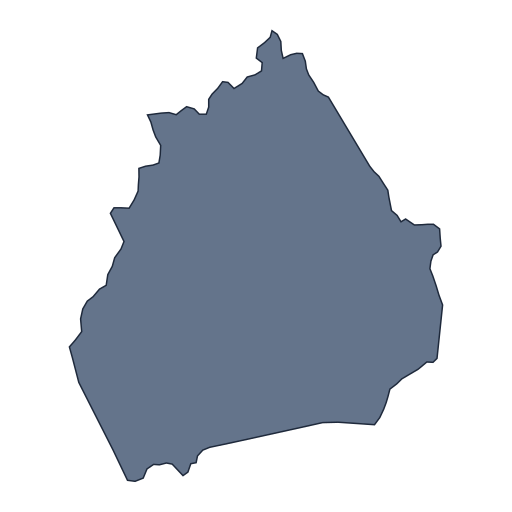 Alagoa Grande, Paraíba, Brazil
{"feature_id": "56859067B59580125040943", "entity_name": "Alagoa Grande", "entity_type": "district", "adm_level": 2, "iso_a3": "BRA", "parent_name": "Brazil", "parent_adm1": "Paraíba", "projection": "equal_earth", "projection_center": [-35.603, -7.048], "detail": "fine", "context": "isolated", "style": "filled", "palette": "slate", "viewbox_px": 512, "rotation_deg": 0, "n_neighbors": 0, "source": "geoboundaries", "source_scale": "gbopen_adm2", "svg_char_len": 1711}
<svg xmlns="http://www.w3.org/2000/svg" viewBox="0 0 512 512"><path d="M405.6,219.0L401.0,221.8L397.1,215.4L391.5,210.6L390.1,203.5L388.8,196.8L387.8,190.2L383.2,183.1L378.9,176.3L374.0,171.7L369.7,166.2L328.4,97.1L323.2,94.8L318.3,91.1L313.7,82.4L308.7,74.9L306.4,68.9L305.3,61.2L302.4,53.6L296.7,53.3L290.7,54.7L283.1,58.4L281.3,50.4L280.8,41.5L277.3,34.4L272.0,30.7L270.2,37.3L264.6,42.6L257.6,47.9L256.3,58.1L262.2,62.6L261.5,70.9L254.9,74.9L247.2,77.0L242.2,83.4L234.0,88.5L228.0,82.4L222.6,81.7L217.7,88.4L212.1,94.1L208.7,99.3L208.7,107.1L206.3,114.2L199.3,114.2L194.2,108.9L186.6,106.7L181.3,110.6L176.2,114.7L169.0,112.6L161.3,113.1L154.4,114.0L147.5,114.9L150.9,122.1L153.1,130.0L155.7,136.9L160.7,145.4L160.2,155.2L158.9,163.0L153.0,165.1L145.6,166.2L138.9,168.4L139.0,177.0L138.4,184.5L138.1,191.1L134.1,200.0L129.1,208.2L120.8,207.8L114.0,207.8L110.4,213.3L124.0,241.5L121.0,249.0L114.7,257.7L112.3,266.3L107.8,274.6L106.2,285.3L99.5,289.1L93.1,296.7L87.3,301.1L82.8,308.9L80.6,318.9L81.7,331.6L75.3,340.1L69.4,346.9L72.4,357.7L78.8,382.4L91.5,407.5L113.1,450.1L127.5,480.3L135.1,481.3L143.2,478.1L147.0,468.9L153.6,464.4L159.4,464.8L166.4,463.0L172.2,464.1L183.0,475.6L187.9,472.1L190.8,463.7L196.1,462.7L197.5,455.9L202.8,450.1L209.7,447.3L235.2,441.9L311.9,425.0L322.6,422.6L338.0,422.2L374.5,424.7L379.8,417.5L383.7,409.2L386.2,402.5L388.0,396.4L389.9,389.1L396.8,383.8L401.9,378.8L408.5,374.9L418.3,369.1L426.8,362.0L433.0,362.3L437.0,358.4L442.6,305.0L438.9,295.0L436.2,286.0L432.8,276.0L429.9,268.7L430.9,261.2L433.1,254.8L437.5,252.0L441.0,246.2L440.2,238.0L439.6,228.9L433.5,224.3L427.5,224.3L422.4,224.7L414.4,225.0L405.6,219.0Z" fill="#64748b" stroke="#1e293b" stroke-width="1.5"/></svg>